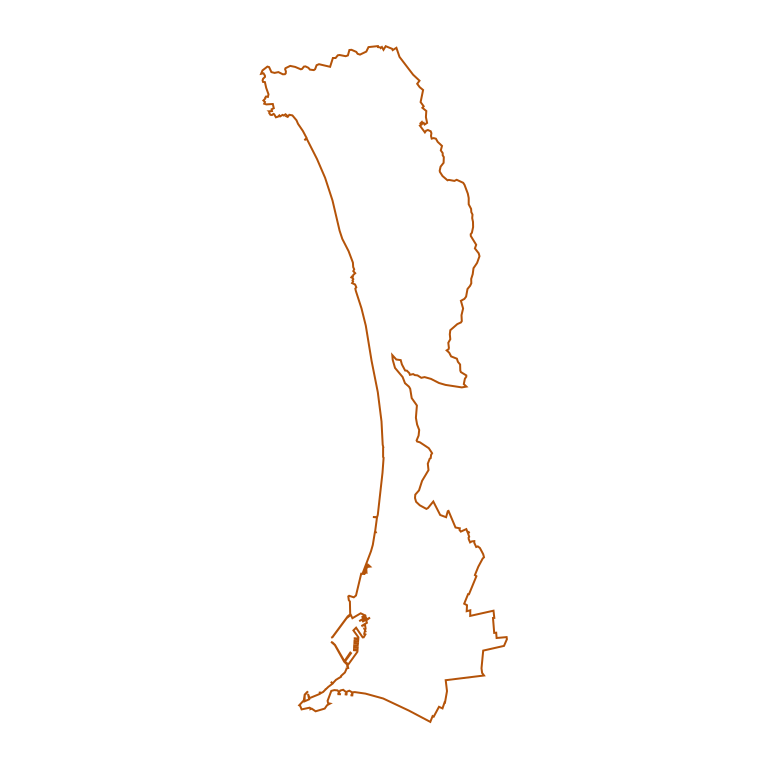 the district of Callao, Lima Province, Peru
{"feature_id": "86281439B21009248898999", "entity_name": "Callao", "entity_type": "district", "adm_level": 2, "iso_a3": "PER", "parent_name": "Peru", "parent_adm1": "Lima Province", "projection": "natural_earth1", "projection_center": [-77.143, -11.949], "detail": "fine", "context": "isolated", "style": "outline", "palette": "amber", "viewbox_px": 768, "rotation_deg": 0, "n_neighbors": 0, "source": "geoboundaries", "source_scale": "gbopen_adm2", "svg_char_len": 6047}
<svg xmlns="http://www.w3.org/2000/svg" viewBox="0 0 768 768"><path d="M430.3,721.9L432.6,716.1L433.7,716.7L439.0,706.8L442.5,708.4L444.6,702.3L445.0,702.5L447.0,691.1L445.7,680.2L484.0,675.5L482.1,672.9L481.5,668.3L483.2,650.6L504.0,645.9L506.9,639.2L506.6,637.1L496.6,638.0L496.2,632.7L494.2,632.9L493.0,618.0L494.3,617.9L493.5,610.7L470.2,615.9L470.3,610.3L466.7,611.2L467.0,605.2L464.2,603.7L468.1,594.1L469.0,594.2L476.4,576.2L474.9,575.1L478.3,566.7L482.7,558.5L484.0,557.3L483.2,554.2L479.9,548.0L477.8,546.4L476.2,547.0L474.3,542.9L474.3,541.1L471.8,541.4L470.1,542.4L468.7,539.1L468.6,537.6L469.2,536.8L468.1,533.5L469.0,532.5L468.6,531.9L467.5,532.1L466.3,529.1L460.8,531.6L459.5,529.9L459.8,528.3L455.5,527.5L448.5,510.9L447.8,511.2L446.1,517.2L440.2,515.0L433.3,501.5L428.0,508.0L426.4,508.9L419.8,505.3L416.1,501.8L415.0,498.0L415.3,494.6L419.0,490.4L422.1,480.8L428.5,470.1L427.8,463.7L429.7,458.7L430.7,458.1L431.1,454.8L432.1,453.2L428.8,448.2L419.9,442.3L417.1,441.5L416.6,440.4L418.6,435.6L419.2,430.0L417.1,424.5L415.9,417.8L416.9,405.5L411.7,398.1L410.2,388.8L409.0,386.7L405.0,383.2L402.6,377.0L395.0,367.9L392.7,359.8L392.3,355.1L396.3,359.5L400.7,360.1L401.9,364.4L405.1,370.5L406.9,370.7L409.3,373.1L409.9,374.8L413.2,374.1L414.8,375.1L417.5,375.4L421.3,377.8L424.6,377.1L431.0,378.9L439.0,383.0L445.5,384.9L461.8,387.4L466.4,386.6L463.8,384.1L464.9,378.7L466.3,376.7L466.3,375.4L460.9,372.1L460.3,370.6L460.1,364.5L457.9,361.8L456.9,358.7L451.1,356.4L449.2,352.7L446.7,350.4L448.5,349.3L448.9,347.9L448.3,342.8L450.3,339.2L449.8,334.3L450.3,330.2L457.3,324.1L461.0,322.4L461.8,321.1L461.5,315.2L463.1,308.5L460.9,300.8L464.4,298.9L466.1,296.6L467.5,289.0L470.1,285.8L471.3,283.3L471.2,278.9L472.7,274.2L473.5,268.2L477.1,262.9L479.5,256.2L478.7,253.3L474.9,248.4L476.2,244.8L470.8,236.0L470.7,234.2L471.9,232.7L473.1,227.1L473.0,221.9L472.2,218.1L472.5,214.6L471.3,212.1L471.1,208.9L468.7,204.3L468.7,198.0L467.8,193.6L464.5,184.8L463.2,182.8L456.7,179.8L454.4,180.9L448.9,179.9L447.5,180.3L442.5,176.0L439.9,171.9L439.7,170.6L440.6,166.6L443.6,162.8L443.8,157.1L442.7,155.3L442.7,153.1L440.8,150.4L442.0,145.9L437.7,141.9L435.9,138.7L433.7,138.1L431.7,138.6L431.0,135.9L431.4,133.2L430.7,131.3L427.9,130.0L426.1,130.7L424.9,132.4L419.9,125.6L421.2,124.8L420.4,123.4L421.9,121.9L422.8,123.5L423.7,122.9L424.6,124.5L427.1,122.9L425.9,117.1L426.3,111.0L422.4,107.8L423.7,106.3L420.6,102.1L423.1,90.0L419.7,87.2L417.2,83.8L419.5,80.7L413.1,74.7L399.5,56.9L396.4,47.8L392.7,50.1L392.1,48.8L385.7,46.2L383.5,49.8L381.9,47.0L380.7,48.0L380.4,47.4L378.0,47.1L377.9,46.1L368.5,47.1L366.3,51.6L360.0,54.6L357.6,53.8L356.3,51.9L351.5,49.8L349.4,50.0L347.9,55.4L345.7,56.2L339.6,55.0L337.8,55.3L335.6,58.0L332.9,58.0L330.1,66.8L319.0,64.2L316.6,65.2L315.1,69.2L313.8,70.1L309.9,69.6L308.4,67.8L305.5,66.4L303.9,66.6L302.1,68.9L300.8,69.3L295.1,66.9L290.2,65.9L285.5,68.2L285.1,69.2L285.9,71.4L285.7,73.4L284.9,74.2L282.9,74.3L278.4,72.1L274.6,72.9L271.4,72.1L269.1,67.1L267.4,66.6L262.5,70.4L261.1,73.8L263.5,73.3L264.9,75.6L265.0,76.9L263.1,78.7L262.6,80.3L263.0,81.9L264.9,82.1L266.2,87.9L268.5,94.3L267.9,96.9L266.1,96.5L265.2,97.7L265.3,98.5L263.4,100.5L265.0,102.0L264.2,103.7L266.3,104.4L272.8,104.0L273.8,108.2L271.6,109.3L272.0,111.1L269.1,111.3L269.6,111.7L269.2,113.0L270.4,114.8L272.0,115.0L273.5,113.9L274.2,114.3L275.9,117.3L278.0,116.7L279.3,115.4L280.1,116.4L282.6,114.9L283.8,115.5L285.5,114.3L287.4,115.9L286.6,116.4L287.7,116.9L289.3,114.8L292.4,115.4L296.5,120.3L298.0,123.8L302.9,131.0L306.6,138.0L304.4,140.2L306.4,138.8L307.0,139.3L317.0,159.0L325.1,177.8L332.5,200.5L339.6,230.7L342.3,238.9L348.6,251.2L352.9,262.6L353.2,267.1L354.2,269.3L353.3,271.1L355.2,273.2L353.3,274.9L352.8,276.6L351.9,276.5L351.3,277.4L352.6,278.0L353.3,279.1L352.5,280.3L353.1,281.4L352.1,283.1L355.1,284.5L356.3,287.3L355.3,288.6L355.8,290.8L361.5,308.4L365.8,325.7L371.6,361.0L377.8,392.2L381.5,421.4L382.7,444.8L383.5,448.1L383.1,447.3L383.1,457.0L383.6,457.7L382.5,472.8L377.8,514.8L377.1,517.1L372.9,517.0L377.0,517.4L375.2,530.9L375.8,532.2L374.9,532.2L372.8,544.9L371.0,551.2L362.5,573.7L364.9,572.6L367.0,565.2L368.5,565.1L370.1,566.6L368.5,566.8L367.9,565.4L366.3,569.0L366.5,572.6L365.8,572.4L364.4,574.0L361.2,573.7L356.0,595.5L353.8,597.3L349.1,595.8L348.3,596.4L348.8,600.1L349.9,601.5L350.2,614.4L347.7,616.4L332.4,637.1L331.2,637.8L332.5,637.2L347.4,617.1L347.2,617.7L350.8,614.9L352.4,618.2L360.7,613.3L364.8,615.3L361.6,617.5L365.0,615.5L365.7,617.1L359.2,621.2L365.8,617.3L366.4,618.7L362.2,621.8L370.0,617.6L366.2,620.4L366.9,622.8L361.4,626.1L365.0,624.8L365.6,628.5L365.2,629.9L364.7,629.6L365.3,631.0L364.4,630.9L364.9,631.2L364.2,633.9L365.4,634.4L363.7,637.3L362.7,637.4L356.1,627.7L353.4,630.4L358.4,637.3L358.3,638.5L354.7,638.3L354.7,638.9L358.3,639.1L358.1,641.2L354.5,641.0L354.4,643.0L358.0,643.3L357.7,645.4L354.2,645.2L354.1,647.2L357.7,647.5L357.5,649.7L354.0,649.3L354.0,650.2L357.5,650.5L357.4,651.8L348.0,664.9L347.7,663.9L345.2,661.8L345.2,661.1L351.0,653.2L350.3,652.6L344.4,661.2L335.0,644.9L332.6,642.6L331.1,641.8L334.9,645.1L344.2,661.7L347.6,665.0L346.8,666.7L347.7,665.9L348.2,668.0L346.8,668.3L346.4,667.5L346.7,668.5L344.9,672.5L341.1,675.9L341.1,676.7L336.0,679.8L332.6,683.5L330.9,681.7L332.5,683.7L328.9,686.4L328.5,685.9L328.7,686.5L326.1,689.0L325.6,688.2L325.9,689.1L323.2,691.9L320.2,693.5L319.8,691.7L319.6,694.0L309.6,698.1L308.0,694.0L309.2,699.3L304.6,701.3L304.7,695.0L307.1,692.5L307.9,691.3L304.7,694.6L303.8,700.4L299.2,705.3L300.2,705.9L301.6,709.4L309.6,707.7L310.6,708.3L310.5,709.1L311.8,708.7L315.6,711.3L324.7,708.6L327.1,705.2L330.0,703.6L328.1,703.2L327.6,700.8L331.3,690.9L334.3,690.1L337.5,690.4L338.7,691.6L338.6,693.8L337.5,694.1L340.9,694.3L338.9,693.8L338.9,692.5L340.3,690.5L343.2,689.8L346.3,692.3L346.0,694.1L344.8,694.3L347.3,694.6L346.4,694.1L346.6,691.8L349.3,690.7L352.2,692.4L351.9,695.0L350.6,695.2L351.5,695.4L352.3,695.4L352.6,692.3L354.8,692.1L365.4,693.6L383.2,698.5L408.9,710.6L430.3,721.9Z" fill="none" stroke="#b45309" stroke-width="2"/></svg>